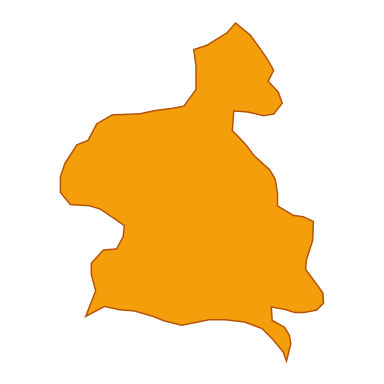 outline of Kampyli, Cyprus
{"feature_id": "46923920B20752671423120", "entity_name": "Kampyli", "entity_type": "district", "adm_level": 2, "iso_a3": "CYP", "parent_name": "Cyprus", "parent_adm1": "", "projection": "albers", "projection_center": [33.105, 35.307], "detail": "fine", "context": "isolated", "style": "filled", "palette": "amber", "viewbox_px": 384, "rotation_deg": 0, "n_neighbors": 0, "source": "geoboundaries", "source_scale": "gbopen_adm2", "svg_char_len": 1092}
<svg xmlns="http://www.w3.org/2000/svg" viewBox="0 0 384 384"><path d="M286.5,361.0L290.8,343.8L289.3,335.2L284.6,327.4L272.1,320.3L271.3,307.0L284.6,309.3L294.7,312.5L304.1,312.5L316.6,310.1L323.6,303.1L322.8,292.9L316.6,284.2L305.6,269.4L306.4,259.9L312.7,240.3L313.4,221.5L303.3,216.8L293.1,215.3L277.5,205.9L277.5,193.3L275.2,179.2L269.7,169.8L262.7,163.5L254.1,155.7L247.1,146.3L239.3,137.7L232.3,130.6L233.8,111.0L246.3,111.8L254.1,113.4L263.5,115.7L273.6,114.1L282.2,103.2L278.3,92.2L268.2,81.2L273.6,70.3L267.4,59.3L260.4,49.1L250.2,35.0L235.6,23.0L226.8,33.0L207.0,45.2L193.8,49.6L196.0,66.2L196.0,89.5L183.9,106.1L172.8,108.3L155.2,110.5L139.8,113.8L112.2,114.9L96.8,123.8L88.0,140.4L76.9,144.8L64.8,163.6L60.4,176.9L60.4,192.4L70.3,204.6L89.1,205.7L100.1,209.0L113.3,217.9L124.3,225.6L123.2,236.7L116.6,248.9L103.4,250.0L91.3,263.3L91.3,274.3L95.7,290.9L85.7,316.4L104.5,306.4L119.9,309.8L134.2,310.9L153.0,316.4L164.0,320.8L181.6,325.3L209.2,319.7L224.6,319.7L244.5,322.0L262.1,328.6L273.1,339.7L283.1,351.8L286.5,361.0Z" fill="#f59e0b" stroke="#b45309" stroke-width="1.5"/></svg>